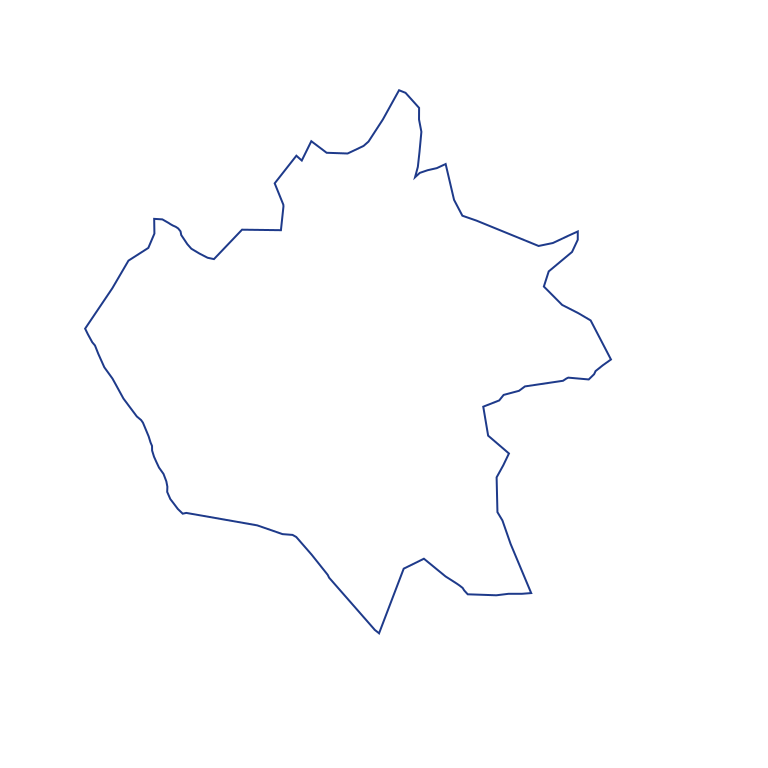 the district of Yabo, Sokoto, Nigeria, rotated 242°
{"feature_id": "59680162B68131021355449", "entity_name": "Yabo", "entity_type": "district", "adm_level": 2, "iso_a3": "NGA", "parent_name": "Nigeria", "parent_adm1": "Sokoto", "projection": "albers", "projection_center": [4.952, 12.773], "detail": "fine", "context": "isolated", "style": "outline", "palette": "blue", "viewbox_px": 768, "rotation_deg": 242, "n_neighbors": 0, "source": "geoboundaries", "source_scale": "gbopen_adm2", "svg_char_len": 1750}
<svg xmlns="http://www.w3.org/2000/svg" viewBox="0 0 768 768"><g transform="rotate(242 384 384)"><path d="M130.3,415.8L183.4,420.7L207.9,424.5L217.6,424.0L248.7,439.6L256.2,451.1L264.0,461.7L289.5,451.7L317.4,461.0L315.4,478.0L318.2,484.5L316.0,494.0L314.6,500.0L315.7,507.3L302.8,543.6L303.2,547.6L303.1,549.7L291.9,566.9L294.0,574.1L296.1,576.9L297.8,586.0L299.1,595.9L343.1,596.3L355.2,588.9L370.2,578.4L395.0,570.9L406.1,582.3L412.3,612.0L420.4,622.8L427.7,626.7L428.4,615.7L429.2,599.3L433.3,585.3L484.8,542.4L495.8,532.2L513.7,532.3L549.3,541.7L549.8,532.0L552.3,522.8L553.6,514.7L552.0,508.5L559.8,515.8L572.4,524.4L589.1,535.4L601.1,539.1L611.3,544.6L631.0,539.7L636.3,535.2L618.1,507.2L605.3,484.1L603.8,477.7L604.6,460.1L615.1,441.9L632.5,433.8L619.9,416.3L626.7,413.8L612.5,381.7L589.6,379.3L588.0,378.6L568.2,365.2L586.9,331.1L574.1,292.5L578.3,287.5L585.8,282.3L593.9,277.4L599.8,276.0L610.7,274.9L614.3,276.0L618.0,275.3L620.6,273.9L623.0,272.0L625.5,270.4L627.2,269.5L633.4,265.6L637.7,258.6L624.6,251.9L614.8,239.8L612.9,216.3L596.1,189.1L573.2,146.1L567.0,145.9L557.8,146.0L553.7,146.9L544.8,145.9L530.0,144.9L516.3,146.8L510.7,146.9L493.5,147.1L471.4,150.5L466.2,152.6L463.0,153.0L448.2,151.6L441.9,150.4L438.2,150.1L434.1,148.0L427.8,146.8L422.0,146.4L415.8,146.1L408.1,147.1L400.2,146.1L395.0,144.5L390.5,141.9L382.7,141.3L377.4,142.2L370.4,143.3L364.0,145.4L363.0,148.9L318.7,205.7L299.1,223.9L293.7,232.4L290.1,234.7L267.2,240.0L241.9,244.7L238.7,244.6L171.8,260.3L171.5,260.3L166.5,262.5L166.2,262.6L211.7,314.7L211.0,337.2L195.0,343.9L185.2,348.0L173.5,354.6L170.6,356.1L167.0,357.7L164.1,357.9L159.0,359.2L151.0,373.1L144.7,384.0L140.2,395.7L134.0,407.3L130.3,415.8Z" fill="none" stroke="#1e3a8a" stroke-width="2"/></g></svg>